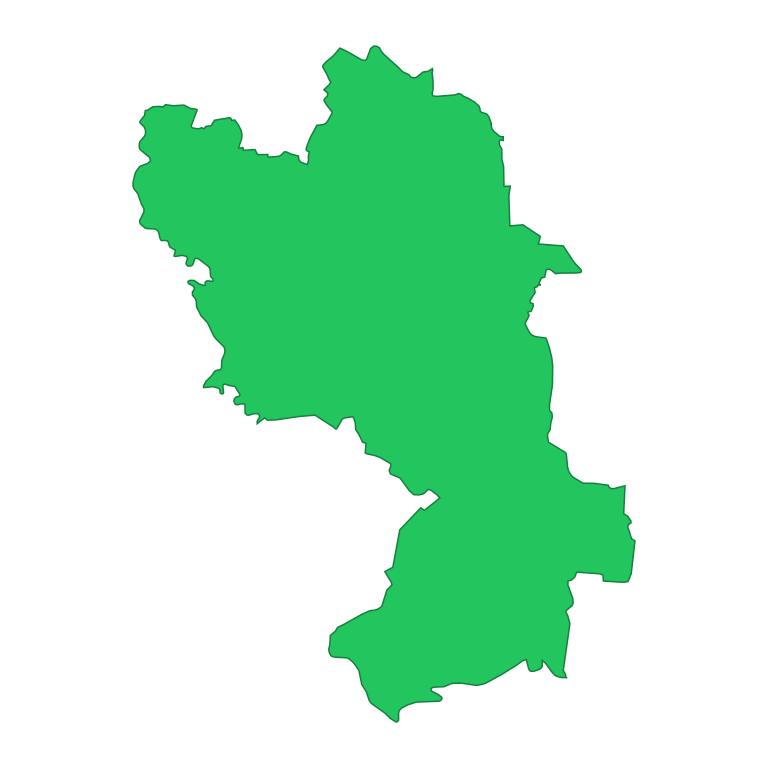 Dong Son, Thanh Hóa, Vietnam (Mercator projection)
{"feature_id": "81297802B98540731986743", "entity_name": "Dong Son", "entity_type": "district", "adm_level": 2, "iso_a3": "VNM", "parent_name": "Vietnam", "parent_adm1": "Thanh Hóa", "projection": "mercator", "projection_center": [105.69, 19.795], "detail": "fine", "context": "isolated", "style": "filled", "palette": "green", "viewbox_px": 768, "rotation_deg": 0, "n_neighbors": 0, "source": "geoboundaries", "source_scale": "gbopen_adm2", "svg_char_len": 6072}
<svg xmlns="http://www.w3.org/2000/svg" viewBox="0 0 768 768"><path d="M503.3,136.7L500.7,136.7L499.5,136.1L493.5,131.1L492.0,128.7L491.2,125.8L491.3,123.3L490.4,121.0L488.6,116.3L487.2,114.5L485.4,113.5L481.6,112.4L480.2,110.9L479.6,107.3L478.7,105.8L474.7,102.2L468.3,98.3L463.4,96.2L461.1,94.2L458.9,93.5L454.4,95.0L437.5,96.3L433.5,96.1L432.3,94.8L432.2,93.3L433.1,89.1L433.0,80.9L432.1,72.3L432.7,70.8L432.4,68.6L428.3,71.2L422.9,72.1L416.8,77.1L414.9,77.8L411.0,77.3L408.9,74.7L402.5,71.7L398.8,67.8L383.9,54.4L381.0,50.9L379.5,47.8L376.9,46.3L375.2,46.1L373.7,46.1L370.6,48.5L366.6,59.2L365.7,60.2L364.0,60.4L360.8,59.4L347.5,51.7L339.9,48.1L333.6,55.5L325.7,62.2L323.0,65.3L322.7,66.7L323.2,67.9L327.1,74.8L329.3,80.0L330.8,82.0L329.3,84.6L323.9,89.8L327.9,93.2L327.2,96.4L324.6,98.6L324.0,100.4L326.5,104.8L331.9,111.7L332.1,113.1L327.8,120.8L325.8,123.4L323.2,124.6L316.9,125.3L310.6,136.9L307.5,144.4L306.1,149.1L306.6,150.5L309.2,151.8L308.3,156.5L308.6,160.0L307.3,164.6L300.5,162.0L298.8,159.4L298.4,156.0L291.8,154.3L286.2,151.9L284.4,151.8L281.2,155.0L278.9,156.3L268.1,157.2L267.7,156.4L267.8,154.5L258.5,154.6L257.3,154.2L255.0,149.5L244.7,150.3L243.2,150.0L243.2,148.1L242.2,147.5L239.4,148.3L238.6,147.8L241.7,138.6L241.9,134.4L241.2,130.5L238.3,124.9L234.8,120.0L231.7,120.4L230.7,118.0L229.0,117.8L214.7,120.2L212.5,123.2L211.9,125.0L210.9,125.8L205.9,126.4L204.4,128.4L203.1,128.5L201.8,127.7L198.2,128.9L192.2,127.8L191.1,126.2L197.2,109.8L195.8,109.1L190.4,108.5L184.0,105.1L173.3,105.7L165.4,104.7L163.2,106.9L158.0,106.4L152.5,106.9L147.4,110.3L145.3,110.5L144.6,115.4L140.1,121.2L139.9,122.5L140.4,123.3L144.2,126.9L145.4,129.9L145.6,132.9L144.7,136.0L140.0,141.5L139.3,143.4L139.3,147.6L140.0,149.5L149.6,157.4L150.5,160.4L150.0,161.4L147.4,163.5L140.6,166.0L139.5,166.8L136.0,171.6L135.0,174.0L133.1,182.1L133.0,185.7L133.7,188.4L137.8,193.6L141.5,204.4L144.0,208.6L143.8,212.3L139.6,220.6L139.8,222.7L140.9,224.5L145.1,228.0L147.2,228.6L155.0,229.0L157.3,230.2L158.5,232.1L160.0,238.4L160.9,240.2L162.0,240.7L165.0,240.4L167.5,241.0L168.6,242.5L168.9,244.7L170.0,247.1L175.1,250.0L175.4,251.2L174.1,255.2L174.2,256.2L175.0,256.5L182.0,255.4L186.3,256.3L187.6,258.4L186.3,261.9L186.1,264.0L187.5,265.9L190.5,266.1L192.3,265.2L193.4,263.3L194.4,259.3L195.9,258.2L198.4,258.8L208.0,266.1L210.0,268.5L210.6,276.5L213.0,279.0L213.1,280.8L212.5,281.3L207.6,280.8L206.2,281.2L205.1,282.6L205.0,285.4L204.0,285.5L198.9,283.8L194.3,280.5L190.1,280.3L188.2,281.2L187.9,282.1L188.7,283.7L192.9,285.8L194.3,287.6L194.2,289.2L193.1,291.2L192.5,291.5L192.4,295.2L195.5,298.8L196.2,301.2L196.6,307.0L201.0,315.7L207.6,322.9L213.7,335.9L216.0,338.9L223.8,346.7L225.0,349.8L224.6,353.5L221.8,360.2L221.5,367.5L221.0,368.9L220.4,369.7L216.3,370.4L214.6,371.4L211.4,376.0L205.9,381.4L203.5,386.1L203.6,387.6L212.9,386.7L217.6,387.9L219.4,388.9L219.8,389.7L220.2,393.1L222.0,394.0L223.2,393.6L223.6,392.6L222.8,385.6L223.6,384.4L225.2,384.1L229.3,385.6L234.8,386.3L240.0,394.7L239.3,396.2L236.2,397.0L234.3,398.8L233.9,401.3L234.9,403.7L236.1,404.7L237.1,404.8L241.7,403.8L244.4,404.1L245.0,405.0L245.1,413.1L246.6,414.9L248.9,415.2L253.8,413.7L258.4,413.7L259.6,415.9L259.1,417.9L257.2,421.1L257.2,423.7L264.7,417.8L267.3,420.2L275.8,419.9L299.1,416.5L315.0,415.1L333.0,426.8L336.0,429.2L337.3,427.8L342.3,419.0L344.7,417.9L352.3,416.8L353.5,417.5L355.2,422.3L355.7,429.7L358.9,434.4L362.5,442.2L365.5,443.1L366.0,444.1L365.2,453.0L366.1,453.6L375.0,455.6L379.9,457.4L390.5,463.6L391.0,465.7L389.2,470.4L390.4,473.9L400.1,478.1L409.5,490.9L413.9,494.7L418.9,494.9L422.5,494.2L424.6,493.0L428.1,489.4L430.9,490.2L437.2,495.0L439.8,498.0L424.4,510.4L420.8,507.8L399.8,529.8L392.8,567.3L384.8,571.6L391.2,582.1L391.9,584.9L386.9,590.1L381.9,606.0L380.5,607.5L377.5,609.2L374.6,610.3L371.5,610.4L368.5,611.3L361.8,614.3L343.1,624.8L337.6,627.4L335.4,631.1L330.3,635.5L329.9,644.4L328.7,649.2L329.3,652.5L330.9,655.7L332.5,656.6L335.3,657.2L346.4,657.8L348.8,658.7L352.2,661.5L355.1,664.7L358.9,670.5L361.8,684.6L366.4,691.9L369.3,700.7L371.2,703.2L373.2,704.8L384.7,712.9L390.1,718.2L395.6,721.8L397.2,721.9L398.6,720.2L398.6,713.5L399.0,711.2L400.1,709.5L401.8,708.0L407.2,705.1L416.3,702.1L439.2,701.2L440.9,700.4L442.0,698.7L441.6,697.1L438.3,694.5L431.7,691.2L430.8,689.0L432.1,687.8L433.9,687.2L444.2,686.7L451.0,683.7L453.7,683.3L461.6,683.2L476.8,685.4L482.4,684.3L485.5,683.3L501.8,674.4L516.8,665.0L522.5,660.8L526.3,659.5L528.5,668.3L529.6,670.5L530.9,671.3L534.1,671.2L539.4,669.4L540.9,668.3L542.2,666.5L542.3,660.5L546.0,663.7L551.4,671.5L555.0,675.3L556.8,676.3L561.2,677.5L567.2,677.7L565.7,677.0L565.6,674.6L563.3,670.4L569.9,623.6L567.6,615.2L565.7,612.1L566.2,610.6L572.2,605.5L573.1,603.4L573.1,601.7L572.7,598.3L567.8,584.6L568.1,580.9L570.9,580.3L572.9,578.9L575.0,576.6L576.5,572.6L577.1,572.1L600.3,573.9L602.2,574.6L603.1,576.0L603.3,580.8L603.8,581.1L620.0,582.1L625.1,582.1L628.1,581.5L631.2,573.8L635.0,540.8L631.6,538.8L627.8,526.9L628.5,524.5L630.9,523.1L631.0,521.1L627.5,516.0L623.7,513.7L625.0,485.8L613.9,488.6L611.4,488.6L609.0,487.4L608.3,485.2L593.7,483.3L583.0,483.2L572.7,477.0L569.6,473.0L568.4,470.7L567.6,467.1L566.3,454.2L565.4,452.5L548.6,442.3L547.5,436.3L547.6,434.0L550.0,429.9L550.9,422.3L552.3,417.2L551.9,413.0L549.7,410.5L549.5,409.2L549.6,404.0L552.4,385.3L552.7,365.9L551.8,357.9L549.5,348.2L546.2,338.5L545.6,338.0L535.7,336.7L532.4,335.4L530.2,333.5L528.1,329.9L525.5,324.8L525.2,323.0L528.8,316.3L529.0,314.9L527.9,313.2L528.0,312.1L531.1,311.2L533.3,306.2L533.1,303.7L530.5,302.8L530.1,302.2L530.1,300.4L535.1,292.7L534.4,287.6L536.7,287.0L538.7,284.7L540.0,285.2L540.3,284.6L538.8,283.8L541.4,277.9L544.6,277.3L546.2,270.0L547.4,269.2L549.3,269.3L551.6,270.4L555.5,273.7L559.3,273.1L575.8,273.0L580.7,272.5L581.4,271.3L581.0,269.7L574.3,262.6L563.2,245.9L538.4,244.0L540.3,236.4L522.9,224.8L509.8,225.9L508.9,195.4L510.3,186.1L504.0,186.4L503.6,166.5L501.9,159.0L501.8,149.1L499.4,144.9L499.2,142.6L499.7,140.2L500.5,139.9L503.2,140.5L503.3,136.7Z" fill="#22c55e" stroke="#15803d" stroke-width="1.5"/></svg>